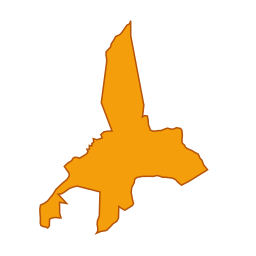 the district of Canguaretama, Rio Grande do Norte, Brazil, rotated 184°
{"feature_id": "56859067B38788707888311", "entity_name": "Canguaretama", "entity_type": "district", "adm_level": 2, "iso_a3": "BRA", "parent_name": "Brazil", "parent_adm1": "Rio Grande do Norte", "projection": "natural_earth1", "projection_center": [-35.135, -6.417], "detail": "fine", "context": "isolated", "style": "filled", "palette": "amber", "viewbox_px": 256, "rotation_deg": 184, "n_neighbors": 0, "source": "geoboundaries", "source_scale": "gbopen_adm2", "svg_char_len": 1797}
<svg xmlns="http://www.w3.org/2000/svg" viewBox="0 0 256 256"><g transform="rotate(184 128 128)"><path d="M209.9,45.0L210.3,40.7L209.8,36.7L209.3,33.3L209.0,30.4L208.9,27.1L208.1,24.7L205.6,23.7L203.4,23.6L201.2,22.6L199.6,24.9L199.9,31.7L197.2,33.0L194.0,33.7L191.2,33.5L188.5,33.6L190.2,37.9L191.1,49.1L183.9,48.4L193.1,57.1L189.8,57.7L187.0,59.6L182.4,63.5L178.1,65.5L174.6,66.5L151.5,62.3L150.5,38.2L152.0,33.4L152.1,29.6L151.3,26.8L151.0,23.1L152.2,20.8L147.3,23.2L143.8,23.8L141.9,24.7L138.9,28.1L136.2,31.5L132.7,34.1L131.2,37.5L131.7,49.1L128.5,47.1L125.4,45.8L118.4,50.8L117.2,53.0L118.6,57.1L120.4,64.2L120.1,69.1L118.1,73.5L117.6,77.6L115.4,79.4L110.4,80.7L103.6,81.3L99.2,81.5L95.9,82.6L93.2,82.2L89.8,81.2L87.3,81.5L80.1,81.1L77.1,79.9L74.1,77.1L70.7,74.7L63.8,78.9L62.1,80.1L45.7,91.9L49.9,96.4L52.1,101.1L53.9,102.6L56.1,106.8L59.6,108.3L63.0,110.1L66.8,111.3L69.3,112.8L70.5,114.9L72.9,116.7L73.4,120.6L73.2,123.8L74.0,129.3L75.6,131.2L79.8,131.7L81.9,130.4L84.0,129.8L88.9,130.6L95.4,127.6L97.4,127.6L100.6,126.8L103.1,126.7L105.5,127.4L106.3,129.6L107.8,132.5L108.4,137.0L109.5,141.3L112.3,141.5L114.3,140.0L113.9,149.3L113.8,151.9L129.0,209.8L131.7,220.2L132.8,235.2L133.7,232.1L136.3,230.4L139.1,225.7L141.0,222.5L142.9,220.4L146.7,218.4L148.2,215.0L150.6,210.7L151.0,207.6L155.2,202.5L155.0,199.1L154.1,195.3L153.9,192.3L156.4,151.4L143.7,123.9L146.7,123.6L148.8,123.2L151.8,122.5L154.7,119.5L153.0,116.4L155.8,115.0L158.4,114.1L161.9,115.0L161.2,111.4L163.0,110.0L162.9,107.5L165.4,107.9L165.1,104.1L167.5,104.0L166.2,101.7L167.7,99.1L174.3,94.5L176.6,95.1L179.2,95.1L180.8,93.9L182.0,91.4L185.7,88.8L188.9,85.2L183.6,78.7L183.4,75.7L185.4,72.3L189.6,68.3L195.5,61.8L198.3,56.5L203.2,49.5L206.3,47.0L209.9,45.0Z" fill="#f59e0b" stroke="#b45309" stroke-width="1.5"/></g></svg>